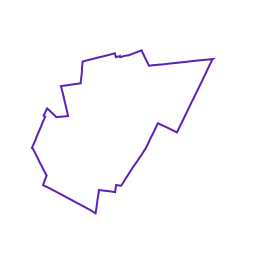 the district of Carpinis, Timis, Romania, rotated 167°
{"feature_id": "2599482B73230505833398", "entity_name": "Carpinis", "entity_type": "district", "adm_level": 2, "iso_a3": "ROU", "parent_name": "Romania", "parent_adm1": "Timis", "projection": "mercator", "projection_center": [20.916, 45.814], "detail": "fine", "context": "isolated", "style": "outline", "palette": "violet", "viewbox_px": 256, "rotation_deg": 167, "n_neighbors": 0, "source": "geoboundaries", "source_scale": "gbopen_adm2", "svg_char_len": 3369}
<svg xmlns="http://www.w3.org/2000/svg" viewBox="0 0 256 256"><g transform="rotate(167 128 128)"><path d="M159.1,197.6L160.2,193.4L160.9,191.2L161.6,189.3L163.1,185.2L163.9,183.0L164.0,182.6L164.0,182.2L165.6,182.3L167.0,182.5L167.7,182.5L169.5,182.7L172.9,183.0L174.8,183.1L177.4,183.3L180.4,183.6L181.8,183.7L183.9,183.9L183.8,181.7L183.8,181.1L183.8,179.8L183.7,177.3L183.7,175.8L183.7,174.2L183.7,172.3L183.7,171.5L183.7,167.3L183.7,163.4L183.7,159.5L183.7,159.1L183.7,155.9L183.7,154.9L183.7,153.1L184.6,153.2L187.2,153.6L189.4,153.9L194.0,154.5L195.4,154.7L196.6,156.7L197.6,158.2L200.3,162.3L202.4,165.3L202.6,165.1L204.3,162.9L205.2,161.8L207.4,158.9L206.1,157.7L207.3,156.1L208.2,154.8L209.2,153.6L210.0,152.5L210.7,151.5L211.2,150.8L212.1,149.4L213.2,147.9L214.0,146.9L215.2,145.2L216.3,143.8L217.1,142.7L218.1,141.3L219.1,139.9L220.0,138.6L220.1,138.3L220.6,137.5L221.3,136.6L221.9,135.8L222.9,134.5L224.0,133.0L225.1,131.6L226.1,130.1L225.3,129.4L225.0,127.7L224.6,126.4L224.1,124.4L224.0,123.8L223.6,122.0L223.3,121.1L223.0,119.9L222.5,117.8L222.1,115.8L221.8,114.5L221.1,111.9L220.5,109.7L220.1,108.2L220.1,107.6L219.1,104.1L218.5,101.8L218.0,99.9L218.6,99.1L219.4,97.9L220.1,97.0L220.1,96.8L220.6,96.1L221.8,94.3L222.8,92.7L223.6,91.4L221.9,90.0L220.7,89.1L218.0,86.9L216.8,85.9L214.2,83.6L213.3,82.9L211.6,81.4L209.5,79.5L207.8,78.1L206.5,77.0L205.9,76.4L205.3,75.9L203.8,74.5L202.4,73.3L200.7,71.9L199.0,70.4L198.5,70.0L196.8,68.4L195.8,67.5L194.8,66.7L193.0,65.1L191.1,63.5L188.7,61.4L187.4,60.3L185.8,58.8L184.9,58.0L183.7,56.9L181.4,54.8L180.3,53.6L178.8,52.2L177.7,54.9L176.8,57.2L175.7,60.0L174.4,63.5L173.3,66.3L171.8,70.0L170.2,74.1L165.9,72.5L160.7,70.7L157.1,69.3L155.0,68.4L153.8,71.5L152.4,75.1L150.6,74.4L147.7,73.3L146.3,74.6L144.6,76.2L142.2,78.8L141.5,79.4L139.7,81.1L136.5,84.2L135.6,85.0L135.4,85.3L135.0,85.8L132.9,87.8L131.9,88.8L130.2,90.3L127.1,93.0L125.9,94.1L124.5,95.5L123.5,96.5L120.7,98.9L118.0,101.6L116.4,103.2L115.9,103.5L115.3,104.3L113.6,106.3L111.1,109.3L108.7,112.4L107.6,113.8L104.9,117.0L102.7,119.7L101.2,121.7L99.7,123.5L98.5,125.1L97.8,125.9L97.3,125.5L95.4,124.0L94.8,123.6L93.6,122.6L92.5,121.7L92.3,121.6L89.9,119.8L89.3,119.3L88.5,118.6L86.5,117.0L84.1,115.0L81.3,112.7L81.2,112.8L80.4,113.8L80.0,114.2L77.2,117.8L76.6,118.5L73.8,121.9L73.3,122.6L70.7,125.8L69.8,127.0L67.6,129.6L66.5,131.0L64.9,133.0L62.9,135.5L61.0,137.9L59.6,139.6L57.3,142.3L56.1,143.8L53.7,146.8L52.5,148.2L50.3,151.0L49.0,152.6L46.5,155.7L45.6,156.8L43.9,159.0L42.3,161.0L39.2,164.6L39.3,164.8L36.7,168.0L34.0,171.4L33.3,172.2L30.1,176.0L29.9,176.1L37.0,177.0L41.8,177.7L49.3,178.6L55.6,179.3L57.5,179.5L61.7,180.0L65.5,180.5L71.8,181.3L73.7,181.5L77.5,181.9L78.4,182.0L81.5,182.4L84.5,182.9L86.4,183.1L89.7,183.6L93.6,184.0L94.4,187.6L95.1,190.7L95.3,191.2L95.5,192.3L95.7,193.1L96.3,196.0L96.7,197.6L97.0,199.0L97.1,199.4L97.1,199.7L97.2,200.6L100.6,200.1L103.1,199.8L103.8,199.8L105.3,199.5L105.8,199.4L106.7,199.3L107.7,199.2L108.9,199.0L110.4,198.8L111.1,198.7L111.4,198.7L111.9,198.8L112.2,198.9L114.6,199.0L115.7,199.0L118.8,198.8L119.7,198.8L119.7,199.9L119.9,199.8L121.0,199.8L122.4,199.8L123.3,199.7L123.9,199.7L123.9,200.8L124.0,202.9L124.0,203.8L126.2,203.7L127.4,203.6L129.6,203.6L131.0,203.5L138.6,203.4L142.2,203.4L153.3,203.1L157.2,203.0L159.0,197.8L159.1,197.6Z" fill="none" stroke="#5b21b6" stroke-width="2"/></g></svg>